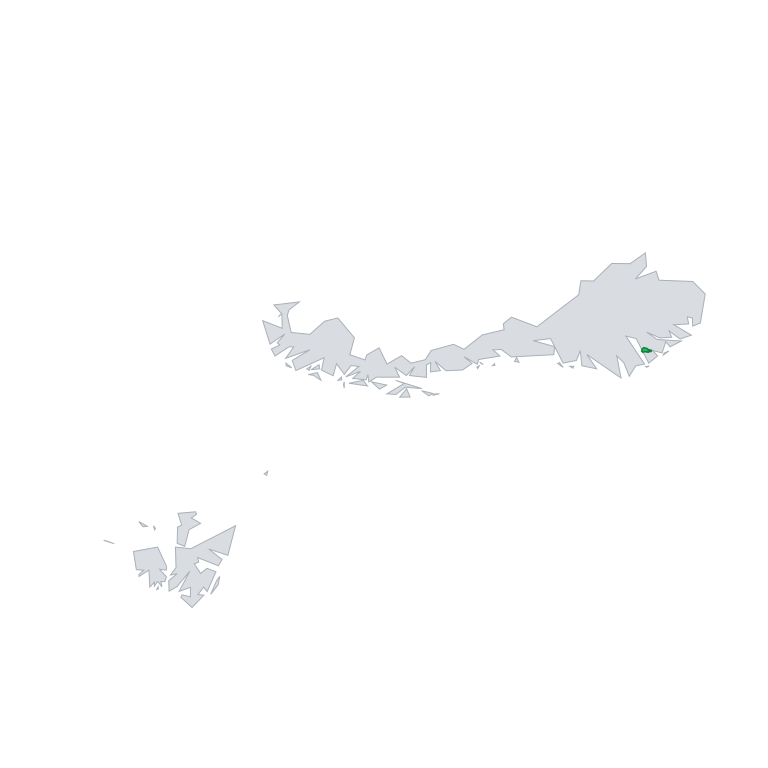 Modalen nor, Hordaland, Norway shown in context, rotated 238°
{"feature_id": "86288312B70399865031783", "entity_name": "Modalen nor", "entity_type": "district", "adm_level": 2, "iso_a3": "NOR", "parent_name": "Norway", "parent_adm1": "Hordaland", "projection": "orthographic", "projection_center": [5.762, 60.88], "detail": "fine", "context": "in_parent", "style": "filled", "palette": "green", "viewbox_px": 768, "rotation_deg": 238, "n_neighbors": 0, "source": "geoboundaries", "source_scale": "gbopen_adm2", "svg_char_len": 5503}
<svg xmlns="http://www.w3.org/2000/svg" viewBox="0 0 768 768"><g transform="rotate(238 384 384)"><path d="M426.9,370.5L414.4,380.7L417.8,384.8L417.2,399.0L399.3,397.1L398.7,414.0L387.3,418.0L382.7,432.0L387.4,441.7L380.8,464.0L371.0,470.3L373.5,493.4L366.4,514.6L371.9,517.2L373.1,527.5L351.5,544.0L356.5,596.4L367.2,605.7L360.3,616.3L365.5,641.0L355.6,656.5L356.7,675.2L344.5,668.9L339.9,652.9L335.4,674.5L326.3,672.2L307.3,700.2L290.1,704.1L268.1,684.6L269.5,676.5L276.5,680.5L280.3,676.8L273.5,674.2L280.8,661.1L262.6,670.5L265.2,658.9L278.1,653.9L271.2,652.7L276.9,642.3L288.7,634.3L277.1,639.1L262.9,658.9L263.9,646.3L270.6,645.4L263.0,636.3L270.1,629.5L262.8,630.9L261.4,619.6L289.0,621.9L296.5,614.5L262.8,615.5L266.0,607.1L260.6,596.1L275.0,598.7L284.5,596.3L263.5,588.2L301.6,571.6L284.2,572.4L294.6,561.5L308.3,568.2L302.0,559.6L306.8,547.0L334.3,549.3L341.6,533.5L325.3,548.5L318.9,543.5L339.5,506.3L351.2,501.7L355.2,494.5L346.3,497.1L354.6,477.2L351.3,473.5L364.7,466.4L354.7,469.5L354.3,458.0L362.4,443.6L376.1,439.3L365.4,438.9L369.7,429.8L377.4,435.0L377.7,430.1L367.1,423.5L377.7,410.1L382.5,419.2L379.3,407.4L392.5,402.0L381.5,400.9L393.9,381.1L393.7,372.2L400.4,375.3L397.0,371.0L405.3,360.4L407.2,370.8L410.3,355.3L412.2,372.0L417.1,365.8L413.3,355.5L426.4,354.5L417.9,345.3L428.9,338.4L438.0,347.2L442.1,316.4L452.6,318.7L452.3,339.4L457.9,314.2L463.3,327.1L465.9,323.3L465.5,306.4L473.4,307.0L472.2,316.2L475.5,315.3L479.0,326.4L478.2,308.5L502.0,314.7L485.2,327.2L497.5,334.5L509.4,332.5L498.5,355.7L497.2,342.7L493.4,338.3L476.9,332.6L465.4,347.5L468.7,366.9L464.5,379.8L438.9,383.4L426.9,370.5ZM322.2,92.0L331.2,97.2L332.8,108.1L335.1,101.7L338.6,110.4L356.2,120.7L346.7,132.8L342.5,183.0L321.5,160.8L336.9,147.9L321.0,153.7L317.6,147.2L335.5,134.0L331.1,132.4L332.1,127.8L320.5,128.1L321.5,136.2L313.8,142.0L301.7,124.0L307.3,123.4L304.0,114.6L300.4,119.3L296.2,102.8L310.7,98.7L312.2,101.1L306.1,107.0L314.1,112.2L316.7,100.4L328.1,120.0L321.9,101.2L322.2,92.0ZM335.9,77.8L350.7,86.0L350.6,74.3L352.3,75.2L353.4,81.5L357.8,75.6L374.7,82.8L365.7,105.6L344.4,102.9L341.5,100.8L345.8,95.5L335.8,97.3L332.5,93.4L334.7,90.1L329.6,88.2L336.5,87.5L334.3,82.1L337.6,84.3L335.9,77.8ZM358.5,124.2L372.0,133.1L371.5,137.6L383.5,140.8L375.4,156.6L372.9,156.1L372.5,149.6L363.0,154.6L363.8,141.5L351.9,129.0L358.5,124.2ZM373.7,401.4L380.9,395.8L359.9,413.8L370.0,400.4L368.8,388.6L374.1,381.2L373.7,401.4ZM382.1,377.4L392.4,374.6L381.7,385.7L382.1,377.4ZM391.1,369.0L403.2,354.7L398.1,368.3L391.1,369.0ZM297.5,125.6L305.7,137.4L307.9,142.7L301.7,137.1L297.5,125.6ZM364.5,390.4L368.0,400.7L359.1,399.2L364.5,390.4ZM432.1,324.8L428.9,333.6L420.6,332.5L428.8,328.8L432.1,324.8ZM434.7,329.9L434.8,339.1L430.9,337.6L434.7,329.9ZM350.1,415.8L358.3,412.4L350.0,420.5L350.1,415.8ZM399.3,64.5L391.5,70.6L399.4,63.9L399.3,64.5ZM390.7,103.9L397.2,103.2L388.8,107.9L390.7,103.9ZM446.6,314.3L451.3,310.7L453.7,311.9L446.6,314.3ZM437.6,326.6L437.9,331.5L435.2,328.0L437.6,326.6ZM411.5,346.9L412.5,351.6L409.9,350.4L411.5,346.9ZM371.3,234.7L371.7,239.2L368.7,236.1L371.3,234.7ZM385.9,113.3L382.8,113.7L381.9,112.2L385.9,113.3ZM334.0,506.7L336.2,510.5L330.9,510.0L334.0,506.7ZM401.5,348.1L404.8,349.2L407.1,351.5L401.5,348.1ZM330.1,82.3L331.8,85.0L329.9,84.2L330.1,82.3ZM309.2,544.1L303.1,544.8L309.4,542.1L309.2,544.1ZM300.6,550.9L298.4,554.3L297.3,552.6L300.6,550.9ZM348.7,421.7L346.3,425.8L348.7,419.1L348.7,421.7ZM261.8,637.9L261.0,643.2L260.5,636.2L261.8,637.9ZM349.0,474.6L347.4,471.6L349.2,471.6L349.0,474.6ZM497.0,329.9L497.9,333.6L497.5,333.1L497.0,329.9ZM351.0,477.4L347.8,478.4L351.6,476.6L351.0,477.4ZM342.1,485.6L342.7,488.6L341.0,487.8L342.1,485.6ZM260.2,615.1L258.6,618.4L259.0,615.7L260.2,615.1Z" fill="#d9dde1" stroke="#a8b0b8" stroke-width="1"/><path d="M270.4,628.1L270.5,628.0L270.6,627.9L270.7,627.7L270.8,627.5L270.8,627.4L271.0,627.3L271.3,627.3L271.3,627.2L271.5,627.0L271.4,627.0L271.5,627.0L271.4,626.9L271.5,626.9L271.5,626.7L271.6,626.4L271.6,626.2L271.8,626.1L272.0,626.0L272.0,625.9L272.1,626.0L271.9,626.3L271.7,626.5L271.8,626.6L271.7,626.6L271.7,626.8L271.7,627.0L271.4,627.2L271.4,627.3L271.2,627.3L271.2,627.5L270.9,627.5L270.8,627.8L270.8,628.0L270.7,628.0L270.8,628.3L270.8,628.5L271.0,628.5L271.3,628.4L271.3,628.2L271.4,627.9L271.5,627.9L271.8,627.7L271.9,627.4L272.1,627.2L272.3,626.9L272.4,626.7L272.5,626.7L272.6,626.4L272.8,626.2L273.0,626.1L273.2,626.3L273.4,626.1L273.5,626.2L273.9,626.1L274.1,626.2L274.3,626.1L274.5,625.9L274.6,625.7L274.8,625.7L275.0,625.7L275.3,625.4L275.8,624.9L276.0,624.8L276.1,624.7L276.3,624.4L276.5,624.3L276.6,624.2L276.7,623.9L276.8,623.8L276.9,623.7L277.0,623.8L277.1,623.7L277.4,623.3L277.7,623.2L277.8,623.2L277.7,623.2L277.1,623.0L277.0,622.9L276.8,622.5L276.7,622.5L276.8,621.9L276.8,621.7L276.9,621.2L276.7,621.2L276.2,620.9L275.9,620.8L275.5,620.0L275.1,619.8L274.8,620.1L274.1,620.5L273.9,620.4L273.9,620.5L273.7,620.8L273.6,621.1L273.5,621.3L273.4,621.7L273.4,621.8L273.3,622.1L273.1,622.1L273.0,622.3L273.0,622.5L272.9,622.7L272.9,622.8L272.7,623.0L272.8,623.0L272.7,623.1L272.5,623.3L272.5,623.5L272.4,623.6L272.4,623.8L272.3,624.0L272.2,624.0L271.9,624.2L271.7,624.3L271.5,624.5L271.4,624.5L271.2,624.5L271.0,624.8L270.9,624.9L270.9,625.0L271.0,625.0L270.9,625.1L270.9,625.3L270.9,625.5L271.0,625.7L271.0,625.8L271.0,626.0L270.9,626.2L270.7,626.4L270.6,626.6L270.5,626.8L270.4,626.9L270.4,627.0L270.3,627.4L270.2,627.5L270.2,627.8L270.3,628.1L270.4,628.1Z" fill="#22c55e" stroke="#15803d" stroke-width="1.5"/></g></svg>